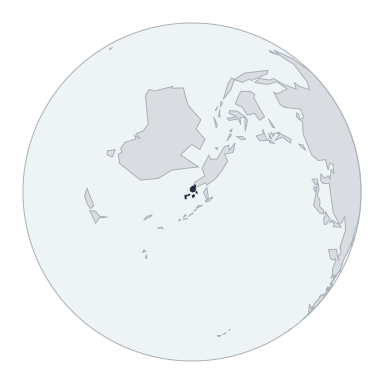 the Earth from above Milne Bay, rotated 109°
{"feature_id": "PNG-1252", "entity_name": "Milne Bay", "entity_type": "Province", "adm_level": 1, "iso_a3": "PNG", "parent_name": "Papua New Guinea", "parent_adm1": "", "projection": "orthographic", "projection_center": [151.454, -10.028], "detail": "fine", "context": "on_globe", "style": "filled", "palette": "slate", "viewbox_px": 384, "rotation_deg": 109, "n_neighbors": 0, "source": "natural_earth", "source_scale": "10m", "svg_char_len": 8865}
<svg xmlns="http://www.w3.org/2000/svg" viewBox="0 0 384 384"><g transform="rotate(109 192 192)"><circle cx="192" cy="192" r="169" fill="#eef3f6" stroke="#a8b0b8"/><path d="M269.6,213.2L269.6,214.5L269.4,214.6L269.6,213.2ZM276.6,45.8L264.2,39.8L264.5,40.9L260.8,38.6L264.5,43.5L260.0,44.3L262.2,41.6L260.3,40.1L255.8,39.4L252.8,37.7L248.9,36.6L245.8,34.9L247.3,34.0L245.3,33.0L242.2,32.7L237.1,31.2L241.9,31.7L233.5,29.3L234.5,28.6L240.0,30.0L252.6,34.3L264.9,39.6L276.6,45.8ZM319.4,121.3L318.1,117.6L320.4,120.0L319.4,121.3ZM316.2,115.4L316.9,116.6L316.1,115.6L316.2,115.4ZM314.9,114.6L315.8,115.2L314.9,114.9L314.9,114.6ZM313.3,114.1L314.1,114.2L314.1,114.3L313.3,114.1ZM310.5,112.1L309.7,111.5L310.4,111.3L310.5,112.1ZM292.1,55.9L291.6,55.5L288.4,53.2L292.1,55.9ZM265.4,42.4L267.4,42.8L266.5,43.1L265.4,42.4ZM249.0,36.8L249.3,37.3L247.2,36.6L249.0,36.8ZM240.3,33.4L236.7,32.3L240.7,33.2L240.3,33.4ZM234.8,31.6L226.1,29.5L226.1,30.3L221.0,27.4L230.1,29.8L235.0,30.7L233.3,30.8L234.8,31.6ZM219.5,26.4L217.6,26.0L219.9,26.3L219.5,26.4ZM166.3,25.0L167.0,25.0L161.1,26.0L172.2,24.8L172.8,25.8L174.7,25.3L181.2,25.1L181.1,24.7L182.5,24.5L199.3,25.3L201.8,26.0L211.1,26.8L212.1,26.7L210.7,26.1L221.0,27.4L226.1,30.3L223.7,30.4L228.6,32.6L222.3,32.6L219.4,34.1L209.8,33.7L208.3,35.3L210.4,36.1L210.0,39.3L201.9,44.2L199.2,36.8L209.5,31.1L204.5,32.8L202.9,31.6L199.4,31.9L196.1,33.5L197.4,34.1L178.0,34.4L164.6,39.9L172.2,40.2L173.9,42.7L165.3,51.9L139.3,64.9L141.3,70.5L139.4,74.1L133.1,76.0L135.8,70.7L132.2,68.6L134.6,65.7L125.5,67.8L128.6,63.7L119.9,67.8L119.8,71.1L126.8,70.4L118.0,76.4L121.1,82.8L118.1,90.8L101.4,105.5L89.5,110.5L88.0,113.3L85.1,110.4L78.4,116.4L81.8,132.1L80.7,137.0L71.2,147.0L71.5,143.3L63.6,135.6L60.2,147.5L66.1,156.6L68.0,168.3L62.6,165.1L60.9,155.0L58.1,151.9L60.3,141.5L60.8,127.1L55.4,130.7L57.2,124.8L57.0,114.1L50.1,119.2L38.2,137.3L34.3,153.0L31.2,160.9L33.2,140.2L37.6,126.1L36.1,128.4L40.0,118.3L45.8,107.2L52.6,96.6L60.0,86.5L68.2,77.0L77.1,68.1L86.7,59.9L96.8,52.4L107.4,45.7L118.5,39.9L130.0,34.8L141.9,30.6L154.0,27.4L166.3,25.0ZM81.3,314.3L84.0,316.0L83.8,316.6L81.3,314.3ZM102.5,195.2L107.1,195.9L107.0,196.7L102.5,195.2ZM97.7,192.4L102.7,192.6L97.0,194.2L97.7,192.4ZM104.7,192.7L109.8,191.1L112.1,189.8L111.8,191.5L104.7,192.7ZM94.3,192.6L77.5,193.2L71.1,191.6L72.3,188.5L82.5,188.6L94.3,192.6ZM71.8,188.5L62.6,181.3L52.3,159.8L55.9,159.6L67.2,171.9L66.4,174.4L72.0,180.2L71.8,188.5ZM95.4,172.2L94.6,179.7L85.0,179.4L80.8,178.4L77.9,169.1L79.5,164.3L82.8,164.2L97.4,147.8L102.2,151.6L97.3,158.3L101.3,164.6L95.4,172.2ZM34.3,154.3L34.4,163.1L33.0,165.2L34.3,154.3ZM104.6,136.9L97.8,143.7L104.4,134.7L104.6,136.9ZM109.2,128.6L109.0,132.0L107.1,128.8L109.2,128.6ZM86.7,117.7L83.1,118.7L83.6,116.5L88.6,113.9L86.7,117.7ZM115.7,97.9L113.5,104.1L112.0,106.3L111.4,102.5L115.7,97.9ZM237.0,280.3L240.8,282.6L236.9,287.5L230.6,292.2L222.7,292.5L237.0,280.3ZM180.5,285.4L177.0,278.4L184.9,278.7L184.4,284.5L180.5,285.4ZM241.6,276.9L245.0,271.5L243.2,263.6L246.5,271.2L252.8,273.0L242.9,282.6L241.6,276.9ZM142.4,255.4L115.8,267.5L109.0,265.9L108.7,260.4L98.4,244.5L100.4,244.7L96.5,234.1L111.0,224.2L120.8,207.2L131.3,208.6L137.8,196.8L149.3,198.4L147.1,207.7L160.6,215.1L166.2,194.2L177.9,218.3L190.0,228.2L197.5,244.5L188.6,269.8L180.3,274.0L177.1,271.1L174.0,273.6L167.0,271.7L160.1,262.3L157.2,264.8L158.5,258.4L155.0,263.9L150.0,258.0L142.4,255.4ZM226.5,222.2L229.1,223.4L234.3,228.5L230.0,226.9L226.5,222.2ZM263.2,216.5L265.1,218.9L262.2,218.7L263.2,216.5ZM269.4,214.6L265.9,214.6L269.6,213.2L269.4,214.6ZM236.1,210.3L237.7,212.1L236.8,212.4L236.1,210.3ZM235.0,209.6L236.1,207.5L236.3,209.9L235.0,209.6ZM221.5,194.8L222.7,193.8L223.5,194.9L221.5,194.8ZM114.0,196.0L120.0,190.1L123.7,189.7L114.0,196.0ZM219.2,191.9L215.7,191.2L215.9,190.0L219.2,191.9ZM219.1,189.1L218.5,187.3L221.1,191.7L219.1,189.1ZM212.2,184.2L216.6,187.9L211.7,184.5L212.2,184.2ZM209.8,184.3L206.7,182.5L206.9,182.0L209.8,184.3ZM178.9,182.3L189.8,193.6L181.7,192.4L172.4,185.1L166.4,190.3L152.0,188.1L154.9,184.7L152.7,179.2L138.6,176.1L135.8,172.5L140.5,170.4L131.6,167.2L141.3,166.2L145.5,173.5L151.1,168.4L161.4,170.6L171.8,174.1L180.8,180.4L178.9,182.3ZM141.9,181.9L143.7,182.0L142.3,184.1L141.9,181.9ZM201.0,177.6L205.4,181.8L204.9,182.6L202.9,181.8L201.0,177.6ZM182.8,179.4L192.2,174.7L194.6,175.2L188.4,181.1L182.8,179.4ZM189.7,170.6L194.3,172.0L197.0,175.7L196.0,176.5L189.7,170.6ZM122.2,174.3L121.9,176.3L119.5,174.7L122.2,174.3ZM125.2,173.3L132.6,175.7L124.6,174.9L125.2,173.3ZM104.3,166.2L106.2,170.8L112.4,167.8L107.7,172.1L112.2,179.8L110.9,182.7L106.4,174.3L105.3,182.9L102.6,182.8L100.9,175.4L103.4,166.5L106.1,162.9L117.4,161.5L104.3,166.2ZM125.0,167.6L123.1,162.2L124.6,158.7L126.6,161.6L125.0,167.6ZM118.1,149.5L113.8,143.6L109.4,145.8L118.9,137.7L121.4,144.7L118.1,149.5ZM115.3,136.6L111.1,138.6L115.8,134.0L115.3,136.6ZM110.3,136.7L110.4,132.7L113.4,133.2L110.3,136.7ZM117.4,136.8L119.1,130.1L120.2,134.1L117.4,136.8ZM110.6,124.0L116.2,130.4L107.9,127.6L110.1,115.2L113.8,114.9L110.6,124.0ZM147.0,78.6L147.5,75.7L151.5,75.3L150.1,77.4L147.0,78.6ZM165.2,72.6L152.8,74.3L143.0,76.4L144.9,77.8L140.7,82.7L139.0,77.9L147.6,72.9L154.6,72.3L157.8,68.5L164.3,66.5L166.3,61.9L169.8,60.3L170.2,64.4L165.2,72.6ZM166.8,60.0L172.5,52.9L179.1,54.7L179.3,56.7L173.9,59.0L170.8,57.9L166.8,60.0ZM175.8,51.8L172.8,50.8L174.9,41.3L176.9,39.8L178.9,47.3L176.1,46.9L174.5,49.1L175.8,51.8ZM217.1,26.1L217.6,26.0L218.5,26.4L217.1,26.1ZM182.3,24.3L184.3,24.1L185.3,24.3L182.3,24.3ZM190.5,23.8L188.0,23.7L191.5,23.7L190.5,23.8ZM182.1,23.7L187.3,23.6L181.3,23.8L182.1,23.7Z" fill="#d9dde1" stroke="#a8b0b8" stroke-width="1"/><path d="M186.2,190.7L186.4,190.7L186.7,190.8L186.8,190.8L187.0,190.7L187.3,190.8L187.7,190.8L187.8,190.9L187.9,191.0L187.7,191.2L187.3,191.3L187.2,191.3L187.0,191.5L187.3,191.7L187.4,191.9L187.4,192.0L187.5,192.0L187.8,192.2L188.0,192.2L188.3,192.2L188.4,192.3L188.5,192.3L188.9,192.5L189.0,192.5L189.3,192.6L189.5,192.5L189.9,192.7L190.1,192.7L190.3,192.6L190.1,192.7L189.7,192.9L189.4,192.9L189.1,192.8L188.9,192.8L188.8,193.0L189.0,193.1L189.7,193.3L189.7,193.5L189.8,193.6L189.4,193.8L189.3,193.7L189.2,193.8L189.0,194.0L188.9,193.9L188.9,194.0L188.8,193.9L188.6,194.0L188.5,193.9L188.4,194.0L188.3,193.9L188.1,193.9L187.9,193.8L187.8,193.7L187.7,193.7L187.4,193.6L187.5,193.5L187.5,193.4L187.4,193.5L187.5,193.4L187.8,193.4L188.0,193.3L187.9,193.3L187.8,193.2L187.7,193.2L187.6,193.4L187.4,193.1L187.1,192.9L186.9,192.9L186.8,192.3L186.8,192.2L186.5,192.1L186.4,192.0L186.2,191.9L185.8,191.7L185.7,191.6L185.3,191.3L185.1,191.3L184.9,191.3L184.7,191.3L184.8,191.1L185.0,191.0L186.0,190.8L186.2,190.7ZM190.1,190.9L189.9,190.9L189.7,190.9L189.4,190.8L189.0,190.8L189.2,190.7L189.3,190.6L189.2,190.5L189.1,190.4L189.0,190.2L189.5,190.1L189.7,190.3L189.9,190.2L190.0,190.1L190.2,190.3L190.3,190.5L190.4,190.8L190.5,190.9L190.4,191.0L190.4,190.9L190.3,191.0L190.2,191.1L190.3,190.9L190.2,190.9L190.1,190.9ZM196.4,189.3L196.5,189.4L196.5,189.5L196.4,189.6L196.2,189.7L195.8,189.5L195.7,189.6L195.8,189.6L195.7,189.7L195.7,189.4L195.3,189.2L195.1,189.1L194.9,189.1L195.0,189.0L195.0,188.9L194.9,188.9L194.8,189.1L194.7,188.9L194.8,188.9L195.0,188.8L195.1,189.0L195.3,188.9L195.6,189.0L195.9,189.0L196.0,189.1L196.3,189.2L196.4,189.3L196.4,189.3ZM191.1,191.9L191.3,191.7L191.5,191.7L191.6,191.8L191.5,192.1L191.4,192.3L191.3,192.5L191.1,192.4L190.8,192.3L190.6,192.2L190.7,191.9L190.4,191.9L190.3,191.6L190.2,191.4L190.0,191.2L190.2,191.3L190.4,191.4L190.6,191.6L190.8,191.7L190.9,191.8L190.9,192.0L191.1,192.0L191.1,191.9ZM198.7,196.6L198.4,196.7L198.2,196.7L198.1,196.8L198.1,196.7L197.9,196.6L197.7,196.6L197.5,196.4L197.3,196.4L197.3,196.2L197.2,196.1L197.0,195.9L197.3,195.9L197.4,196.0L197.7,196.1L197.9,196.2L198.1,196.3L198.5,196.4L198.5,196.5L198.7,196.6ZM188.7,189.8L188.9,190.1L188.7,190.4L188.8,190.4L188.8,190.5L188.7,190.5L188.5,190.4L188.5,190.5L188.5,190.3L188.3,190.3L188.2,190.2L188.1,189.9L188.2,189.7L188.3,189.6L188.7,189.7L188.7,189.8ZM191.0,188.3L191.1,188.5L191.0,188.3L190.8,188.2L191.0,187.9L191.0,187.7L190.9,187.6L190.7,187.6L190.8,187.4L191.1,187.3L191.0,187.5L191.1,187.8L191.0,188.2L191.0,188.3ZM200.2,195.9L200.2,196.0L199.8,196.1L199.7,196.1L199.4,196.0L199.5,196.0L199.4,195.9L199.5,196.0L199.8,196.0L199.8,195.9L199.7,196.0L199.7,195.9L199.8,195.8L200.0,195.8L200.2,195.9ZM195.9,193.8L196.1,193.9L196.0,194.0L195.9,194.0L195.3,193.9L195.2,193.8L195.2,193.7L195.4,193.8L195.6,193.9L195.9,193.8ZM190.3,193.5L190.4,193.8L190.1,193.8L190.0,193.7L190.2,193.8L190.3,193.8L190.1,193.6L190.3,193.5L190.3,193.5ZM190.9,193.7L190.8,193.8L190.7,193.9L190.4,193.8L190.4,193.7L190.5,193.7L190.8,193.7L190.9,193.7ZM197.0,195.7L196.9,195.6L196.8,195.4L196.9,195.5L197.0,195.5L197.0,195.7ZM190.7,190.8L190.8,190.9L190.7,190.9L190.6,190.7L190.8,190.8L190.7,190.8Z" fill="#64748b" stroke="#1e293b" stroke-width="1.5"/></g></svg>